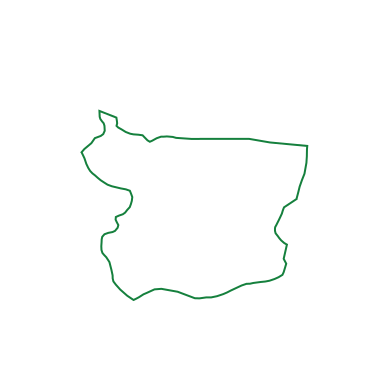 Simunjan, Sarawak, Malaysia (Albers equal-area conic projection), rotated 140°
{"feature_id": "92858781B68418840965582", "entity_name": "Simunjan", "entity_type": "district", "adm_level": 2, "iso_a3": "MYS", "parent_name": "Malaysia", "parent_adm1": "Sarawak", "projection": "albers", "projection_center": [110.894, 1.279], "detail": "fine", "context": "isolated", "style": "outline", "palette": "green", "viewbox_px": 384, "rotation_deg": 140, "n_neighbors": 0, "source": "geoboundaries", "source_scale": "gbopen_adm2", "svg_char_len": 1912}
<svg xmlns="http://www.w3.org/2000/svg" viewBox="0 0 384 384"><g transform="rotate(140 192 192)"><path d="M74.1,153.2L100.4,179.8L114.1,196.0L158.5,233.2L169.4,243.7L171.3,246.5L175.5,250.7L177.6,252.2L180.2,254.3L184.5,255.9L189.6,256.9L192.0,257.6L192.9,260.2L193.2,264.2L193.4,267.2L196.2,270.3L199.8,273.8L201.9,276.4L204.2,280.6L205.6,284.9L207.1,288.9L207.3,291.2L205.2,292.7L203.8,294.8L202.1,297.6L210.8,313.6L214.4,308.9L215.3,306.8L215.5,304.0L215.5,301.4L216.5,299.0L219.5,295.0L222.8,293.4L225.9,293.6L231.8,295.7L235.1,294.8L237.7,294.1L246.9,294.1L251.1,293.4L251.1,293.2L252.7,287.0L254.9,281.4L256.0,277.1L256.5,273.6L256.3,270.3L255.6,267.0L255.1,263.5L254.4,259.7L253.2,255.7L252.0,251.9L249.7,247.9L244.3,240.6L241.0,236.6L238.8,232.9L239.8,229.8L241.0,226.5L243.8,223.9L246.6,222.0L249.4,220.4L253.2,219.9L256.5,219.2L259.3,219.4L262.9,220.8L266.4,221.8L268.3,219.9L269.0,217.3L269.7,214.0L272.0,212.4L276.0,211.7L278.6,212.4L282.4,214.5L286.2,215.9L289.5,215.4L291.6,213.8L293.5,211.7L296.3,208.8L298.6,205.8L299.8,202.9L299.8,200.4L299.6,197.1L300.3,191.4L303.8,184.1L306.4,179.2L308.3,176.8L309.7,174.0L309.9,170.0L309.7,163.4L308.3,154.2L306.2,146.9L303.6,146.2L300.3,145.5L294.9,144.8L291.6,143.8L287.6,142.7L283.3,141.5L277.7,137.5L267.1,124.8L258.1,108.8L254.6,105.7L249.0,102.2L245.0,98.9L239.8,96.1L233.7,93.7L229.7,92.5L225.7,91.6L221.2,90.4L214.1,88.5L209.2,86.6L206.6,84.5L203.5,82.9L197.2,78.9L193.4,76.3L189.6,74.2L184.7,72.3L180.5,71.1L176.0,70.4L173.4,71.6L169.4,74.2L165.9,76.5L164.7,81.9L153.1,90.7L153.3,91.2L154.2,93.8L154.8,97.7L154.8,100.7L154.6,103.1L154.5,106.6L153.4,108.9L151.9,110.7L150.9,111.6L148.6,112.5L146.3,113.5L143.5,114.7L140.2,116.2L137.0,117.7L134.6,119.3L132.5,120.5L131.3,121.1L116.3,119.4L116.0,119.8L111.3,123.1L106.1,126.9L100.2,130.4L94.1,133.7L85.6,140.8L81.1,145.5L76.4,150.9L74.1,153.2Z" fill="none" stroke="#15803d" stroke-width="2"/></g></svg>